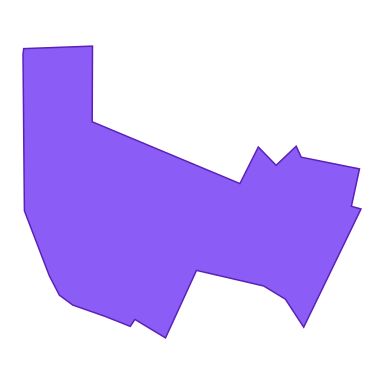 outline of Mvurwi, Mashonaland Central, Zimbabwe
{"feature_id": "62879985B19451757525909", "entity_name": "Mvurwi", "entity_type": "district", "adm_level": 2, "iso_a3": "ZWE", "parent_name": "Zimbabwe", "parent_adm1": "Mashonaland Central", "projection": "orthographic", "projection_center": [30.851, -17.024], "detail": "fine", "context": "isolated", "style": "filled", "palette": "violet", "viewbox_px": 384, "rotation_deg": 0, "n_neighbors": 0, "source": "geoboundaries", "source_scale": "gbopen_adm2", "svg_char_len": 431}
<svg xmlns="http://www.w3.org/2000/svg" viewBox="0 0 384 384"><path d="M105.4,316.5L130.3,326.4L134.9,319.4L165.5,337.9L196.5,270.4L263.7,286.0L285.4,299.2L303.7,327.2L361.0,209.0L351.4,206.3L359.5,168.9L301.2,157.2L296.2,146.2L276.1,165.3L258.3,147.0L239.9,183.6L92.2,121.8L92.5,46.1L24.4,48.6L23.7,48.6L23.0,54.4L24.4,210.8L49.3,275.7L59.4,295.2L72.8,305.1L105.4,316.5Z" fill="#8b5cf6" stroke="#5b21b6" stroke-width="1.5"/></svg>